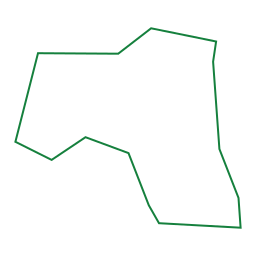 the border of Baie Lazare
{"feature_id": "SYC-5203", "entity_name": "Baie Lazare", "entity_type": "state/province", "adm_level": 1, "iso_a3": "SYC", "parent_name": "Seychelles", "parent_adm1": "", "projection": "albers", "projection_center": [55.49, -4.757], "detail": "fine", "context": "isolated", "style": "outline", "palette": "green", "viewbox_px": 256, "rotation_deg": 0, "n_neighbors": 0, "source": "natural_earth", "source_scale": "10m", "svg_char_len": 298}
<svg xmlns="http://www.w3.org/2000/svg" viewBox="0 0 256 256"><path d="M159.0,223.2L148.8,205.3L128.5,153.1L85.5,137.2L51.6,159.9L15.4,141.8L38.0,53.2L118.2,53.7L151.1,28.3L216.1,41.5L213.1,61.7L219.4,149.0L238.5,197.9L240.6,227.7L159.0,223.2Z" fill="none" stroke="#15803d" stroke-width="2"/></svg>